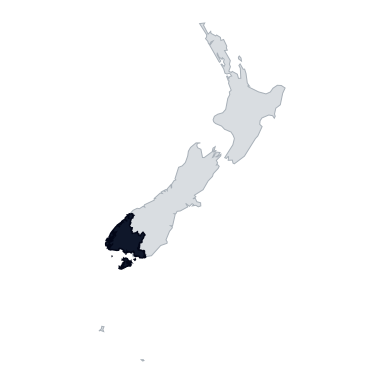 Southland District, Southland, New Zealand shown in context
{"feature_id": "76426892B99609638104575", "entity_name": "Southland District", "entity_type": "district", "adm_level": 2, "iso_a3": "NZL", "parent_name": "New Zealand", "parent_adm1": "Southland", "projection": "equal_earth", "projection_center": [167.626, -45.773], "detail": "fine", "context": "in_parent", "style": "filled", "palette": "ink", "viewbox_px": 384, "rotation_deg": 0, "n_neighbors": 0, "source": "geoboundaries", "source_scale": "gbopen_adm2", "svg_char_len": 9449}
<svg xmlns="http://www.w3.org/2000/svg" viewBox="0 0 384 384"><path d="M202.5,157.5L204.2,157.6L211.8,152.0L214.9,150.7L215.7,150.6L214.0,152.3L214.3,153.5L212.5,157.4L213.9,156.7L214.9,154.1L215.9,153.6L215.6,152.0L220.0,152.5L218.4,155.2L216.0,156.8L217.4,156.9L220.9,154.2L220.8,155.8L216.3,160.4L217.6,162.9L216.4,165.0L217.7,164.7L219.2,166.3L218.2,168.4L213.3,173.7L212.5,176.4L208.1,181.0L203.1,189.7L194.4,195.2L195.9,196.8L192.9,198.8L195.3,198.4L196.8,201.7L200.6,202.8L200.8,205.9L198.3,206.8L195.9,205.3L192.4,205.9L193.6,204.6L192.1,203.7L189.4,206.3L185.7,203.3L187.7,206.9L180.2,211.0L177.1,211.3L175.9,213.6L174.1,213.7L175.2,214.4L172.6,225.7L170.5,225.7L172.4,226.9L172.1,228.1L169.5,231.3L166.0,239.9L167.2,241.9L167.0,243.3L160.7,245.5L151.5,255.7L143.2,257.1L138.5,256.0L133.1,256.7L132.3,253.8L130.4,252.3L125.6,252.3L123.3,249.2L121.3,248.4L118.9,250.1L111.3,249.8L109.9,249.3L109.6,248.1L112.5,244.9L109.9,246.6L108.8,246.4L109.8,245.0L109.7,243.6L106.5,245.0L106.8,242.2L113.7,240.4L111.0,240.2L110.8,239.2L113.5,237.1L109.9,237.3L110.5,234.9L112.5,234.8L111.8,233.1L115.9,234.9L115.3,233.2L116.9,232.7L114.1,231.4L114.0,229.6L115.4,228.3L117.3,228.8L116.1,227.3L119.5,224.2L120.2,226.6L120.5,223.1L124.8,219.9L126.5,221.1L125.8,218.1L133.1,210.3L137.2,208.3L139.4,208.7L143.1,206.3L144.8,207.2L144.1,205.5L144.6,204.7L154.2,200.2L154.2,198.7L155.3,198.5L154.6,198.1L160.1,193.2L162.4,193.5L161.1,192.1L163.3,190.8L165.5,191.8L164.3,190.3L166.3,189.4L167.3,190.7L167.4,188.7L170.8,184.8L171.3,187.9L171.7,187.5L171.6,184.4L174.0,180.7L175.8,179.9L175.0,178.8L178.6,167.3L182.2,165.9L185.4,162.5L187.7,156.0L188.4,151.2L190.5,147.5L196.0,142.9L200.4,142.9L197.3,143.4L196.8,145.8L197.7,147.8L200.9,149.3L202.5,157.5ZM203.5,25.2L208.1,34.1L210.7,31.4L211.0,33.4L215.7,35.9L216.6,35.0L220.4,37.4L220.9,40.5L223.6,39.5L226.8,46.2L226.3,47.9L227.3,50.2L224.5,50.5L230.3,60.6L229.4,64.2L230.4,66.7L228.8,71.2L231.3,72.5L232.2,71.4L237.3,74.2L238.5,78.4L240.8,78.3L240.3,68.2L238.9,65.5L240.1,63.9L243.2,69.3L244.6,69.1L246.0,73.5L247.3,83.0L249.3,85.9L248.2,85.4L247.9,86.2L248.9,87.1L258.6,91.9L266.0,93.9L270.3,92.0L273.0,88.2L277.3,85.3L281.3,85.5L285.1,88.0L282.7,93.2L280.3,104.8L275.8,108.2L274.5,114.0L275.2,116.3L274.3,118.2L272.6,115.7L268.8,115.0L262.0,117.9L260.1,120.7L259.7,124.3L262.1,126.6L257.8,136.0L255.4,138.6L244.4,156.2L234.3,163.8L233.0,163.1L232.3,160.1L228.2,160.3L228.6,156.8L228.1,156.4L226.4,158.4L224.7,157.7L232.8,144.9L234.4,138.5L233.1,135.2L231.0,132.0L224.6,129.3L221.6,126.1L215.5,123.5L213.7,121.8L213.1,119.8L214.4,116.3L217.8,114.2L222.7,112.8L225.7,109.4L227.8,98.4L229.8,94.5L229.3,92.0L231.2,90.2L228.5,83.2L229.1,81.0L228.3,80.8L226.6,76.3L227.7,76.1L228.7,78.6L229.8,76.5L231.7,76.0L229.6,73.2L226.9,74.0L225.0,73.2L223.7,68.9L221.0,64.3L221.8,64.1L224.1,66.4L225.0,64.6L223.5,62.0L224.2,59.3L222.3,57.7L222.1,59.4L218.9,56.9L217.2,52.7L217.2,54.9L220.7,61.0L219.7,62.3L219.0,61.6L209.8,45.4L213.1,40.9L211.1,41.8L209.3,44.5L208.4,43.4L207.8,41.3L205.5,38.6L206.6,37.0L206.7,34.8L199.6,23.6L204.7,23.0L203.5,25.2ZM127.1,258.3L129.8,262.0L128.3,261.8L128.4,262.6L131.1,263.4L131.1,265.1L121.1,268.5L125.0,262.1L124.7,258.4L127.1,258.3ZM102.9,329.4L103.7,331.6L100.6,330.4L98.9,331.0L101.4,328.7L101.8,326.3L104.0,326.7L102.9,329.4ZM241.0,58.0L241.5,61.1L238.5,58.8L238.4,57.2L239.3,56.0L241.0,58.0ZM214.4,149.6L212.4,150.7L213.0,148.2L215.2,146.7L214.4,149.6ZM110.1,239.4L109.8,240.7L107.1,240.2L109.2,238.6L110.1,239.4ZM143.3,359.7L144.0,360.6L142.6,361.0L141.2,359.7L143.3,359.7ZM113.3,230.6L114.0,232.8L112.1,231.8L113.3,230.6Z" fill="#d9dde1" stroke="#a8b0b8" stroke-width="1"/><path d="M128.6,213.6L129.6,214.2L129.1,215.0L127.8,214.9L128.0,215.1L128.1,215.9L128.7,216.5L128.9,218.4L128.6,218.3L127.9,215.1L127.7,215.8L126.9,216.1L125.2,218.0L125.2,219.9L126.6,220.4L126.8,221.5L126.0,220.4L125.1,220.0L124.7,219.4L124.3,219.6L122.6,220.7L123.0,221.5L122.3,221.1L121.7,221.5L121.6,222.1L122.4,222.7L122.6,223.3L122.1,222.5L121.1,222.4L120.6,222.8L121.4,223.7L120.7,224.6L121.2,225.1L120.6,224.5L121.3,223.7L120.6,223.2L119.9,223.2L118.7,224.1L119.4,226.1L119.1,226.1L119.9,227.0L119.5,226.8L119.0,227.3L119.3,226.6L118.7,226.4L119.0,225.7L118.3,224.5L117.5,224.9L116.8,225.8L117.1,226.0L115.7,226.9L113.3,229.9L113.5,230.4L113.2,230.9L113.8,232.5L116.1,231.9L115.7,232.4L116.4,233.2L115.4,232.5L113.7,233.1L115.2,234.4L115.6,235.4L115.4,235.8L114.5,236.6L115.3,235.3L114.2,233.8L113.9,235.0L112.5,235.1L113.9,234.7L113.6,234.2L114.0,233.8L113.2,233.2L112.2,233.7L112.9,233.2L111.4,232.4L110.7,233.3L109.6,236.0L109.6,236.3L109.8,236.4L109.8,236.6L109.2,236.6L109.0,237.9L110.0,238.0L111.8,237.3L111.7,236.9L113.9,236.3L112.0,237.3L113.6,237.5L111.8,237.5L109.8,238.3L109.9,239.5L113.2,238.4L112.8,238.9L110.1,239.6L109.8,240.7L111.2,240.3L112.7,240.6L113.0,240.1L112.9,240.5L113.4,240.5L112.0,240.9L111.4,241.3L111.7,241.4L111.6,241.5L110.6,241.3L107.6,242.3L108.0,241.9L106.0,242.3L105.6,243.9L105.9,245.6L106.2,245.9L108.0,245.1L109.2,243.3L109.5,243.1L108.7,244.7L110.4,244.7L110.5,245.1L108.3,245.4L108.2,246.6L107.8,246.3L107.6,247.3L108.2,246.8L108.7,247.2L109.1,246.6L109.3,246.8L109.2,246.6L109.8,246.0L109.4,246.7L109.7,247.1L110.0,246.4L110.0,246.7L110.4,246.6L110.0,246.0L110.5,245.3L111.6,245.1L112.5,244.2L112.5,244.4L111.6,245.3L110.5,245.7L110.6,246.5L110.0,246.8L109.9,247.3L109.8,247.0L109.7,247.7L108.3,248.3L108.3,248.5L108.2,248.5L108.9,249.4L110.6,249.9L111.9,249.5L116.8,250.4L118.5,250.2L118.8,249.8L118.7,249.2L119.4,248.4L121.0,248.5L123.9,250.5L124.0,251.1L123.4,251.5L124.7,252.7L125.4,252.4L126.1,252.8L126.1,252.4L126.6,252.2L128.3,252.6L127.2,251.9L127.0,251.6L127.0,251.4L127.2,251.7L128.0,251.6L128.0,252.1L129.3,251.9L131.1,252.8L131.4,252.3L132.9,251.5L132.8,252.0L133.2,252.2L134.2,252.3L134.0,255.2L135.4,256.6L136.1,256.3L135.7,256.4L135.9,256.3L136.0,256.3L135.5,255.8L136.2,255.7L139.0,256.3L139.7,257.7L142.7,257.9L143.8,257.3L143.6,257.3L143.6,256.6L144.2,257.0L143.8,257.5L144.7,257.7L145.4,257.3L145.7,257.0L145.5,256.3L144.5,255.8L145.3,255.0L144.3,254.5L144.1,254.0L144.6,253.6L144.6,253.0L143.7,252.5L144.5,251.6L144.4,250.9L143.8,250.5L142.4,251.1L141.8,250.4L140.6,250.4L140.6,250.1L139.0,250.1L138.6,249.9L139.0,249.1L137.7,248.8L137.7,248.0L139.1,247.8L139.4,247.3L139.2,247.2L139.4,246.8L138.6,246.3L138.9,245.4L139.5,245.4L139.1,244.4L139.7,244.0L139.4,243.4L139.7,242.6L141.1,242.7L141.5,241.9L142.0,241.9L141.8,240.7L142.3,239.4L143.4,238.0L144.1,235.6L144.8,235.3L144.9,234.7L143.0,232.3L141.4,233.9L140.4,235.8L139.9,235.3L138.8,235.4L138.8,234.0L137.6,233.6L137.4,231.8L135.5,233.0L132.4,233.4L131.9,231.8L132.1,231.4L131.4,231.0L130.9,230.0L131.9,229.3L132.2,227.8L131.2,227.8L130.3,227.0L129.7,226.2L129.5,225.1L129.6,224.2L130.2,224.2L130.8,222.7L130.2,222.2L131.2,218.9L132.0,218.0L132.7,218.0L133.1,216.7L132.9,216.3L133.7,215.5L133.1,215.4L133.3,215.1L132.8,214.9L132.8,214.1L131.9,213.6L130.1,214.1L128.6,213.6ZM125.9,258.1L123.8,258.6L123.6,260.1L124.3,261.1L124.5,262.4L123.1,263.4L123.6,263.9L123.4,264.4L123.6,264.4L123.7,264.5L123.8,264.6L123.7,264.7L123.9,264.7L124.0,264.7L123.9,264.7L122.4,264.6L121.6,265.4L122.0,265.9L121.5,266.6L121.8,266.8L120.3,267.7L120.1,268.8L121.3,269.0L122.1,268.2L122.4,268.3L122.3,268.7L122.8,268.5L122.9,267.8L122.4,268.2L121.7,268.2L122.7,267.5L122.1,267.3L123.2,267.3L123.0,266.8L123.5,266.5L123.9,267.1L125.2,267.3L127.0,266.1L127.5,266.2L127.6,265.8L129.6,265.9L128.7,265.5L128.8,265.4L128.6,265.3L128.7,265.2L128.7,265.3L128.8,265.4L128.8,265.5L129.8,265.9L129.7,265.2L130.8,265.5L129.9,265.0L130.2,264.8L130.2,264.6L130.5,264.9L130.7,265.0L130.6,264.3L131.0,264.1L130.2,263.3L130.5,262.4L129.7,263.6L128.8,263.6L129.6,263.1L128.1,262.9L127.9,262.4L127.6,262.5L127.2,263.0L126.2,263.5L127.5,262.5L126.9,261.7L127.8,261.9L127.6,261.5L127.9,261.4L128.2,262.0L127.9,262.0L128.4,262.3L128.7,261.9L129.7,262.2L130.1,261.9L129.6,262.0L129.8,261.3L128.8,261.2L129.0,260.8L127.8,260.0L127.4,258.8L125.9,258.1ZM109.1,238.4L107.8,238.6L107.3,239.3L107.1,238.8L105.8,240.9L107.2,239.8L107.3,239.3L107.4,239.9L107.7,240.0L107.2,240.2L107.8,240.1L107.5,240.5L108.1,240.8L107.7,240.8L107.9,241.2L108.7,240.9L108.7,240.4L108.9,241.1L109.2,241.1L109.8,240.2L109.7,238.8L109.1,238.4ZM113.1,230.1L111.8,231.8L113.6,232.8L112.9,231.1L113.1,230.1ZM122.3,259.3L122.2,260.0L123.0,259.9L123.0,259.6L122.3,259.3ZM135.3,259.0L134.5,259.3L134.8,259.6L134.4,259.7L134.9,260.2L135.4,259.7L135.3,259.0ZM119.8,267.8L119.3,268.0L119.1,268.4L119.4,268.5L119.8,267.8ZM123.9,267.2L123.4,267.2L123.6,267.6L123.9,267.2ZM129.9,262.6L129.3,262.5L129.9,262.7L129.9,262.6ZM131.3,262.3L131.0,262.0L130.9,262.2L131.3,262.3ZM123.1,267.6L122.9,267.8L123.1,267.8L123.1,267.6ZM119.3,267.7L119.1,267.6L119.3,267.7ZM123.2,267.6L123.1,267.4L123.0,267.5L123.2,267.6ZM125.7,253.9L125.4,253.9L125.7,254.0L125.7,253.9ZM119.5,266.5L119.3,266.4L119.3,266.7L119.5,266.5ZM123.2,263.1L123.2,263.3L123.2,263.1ZM112.2,256.2L112.4,256.1L112.2,256.1L112.2,256.2ZM135.9,259.7L135.7,259.6L135.9,259.7ZM123.3,262.8L123.2,262.7L123.1,262.8L123.3,262.8ZM130.0,262.3L129.9,262.2L129.8,262.3L130.0,262.3ZM130.9,260.9L130.8,260.7L130.8,260.9L130.9,260.9ZM130.0,266.0L129.8,266.1L130.0,266.1L130.0,266.0ZM130.8,261.0L130.7,261.1L130.8,261.1L130.8,261.0ZM123.8,258.5L123.7,258.4L123.7,258.5L123.8,258.5ZM119.9,267.8L119.8,267.7L119.8,267.8L119.9,267.8ZM121.2,266.2L121.0,266.3L121.2,266.2Z" fill="#0f172a" stroke="#020617" stroke-width="1.5"/></svg>